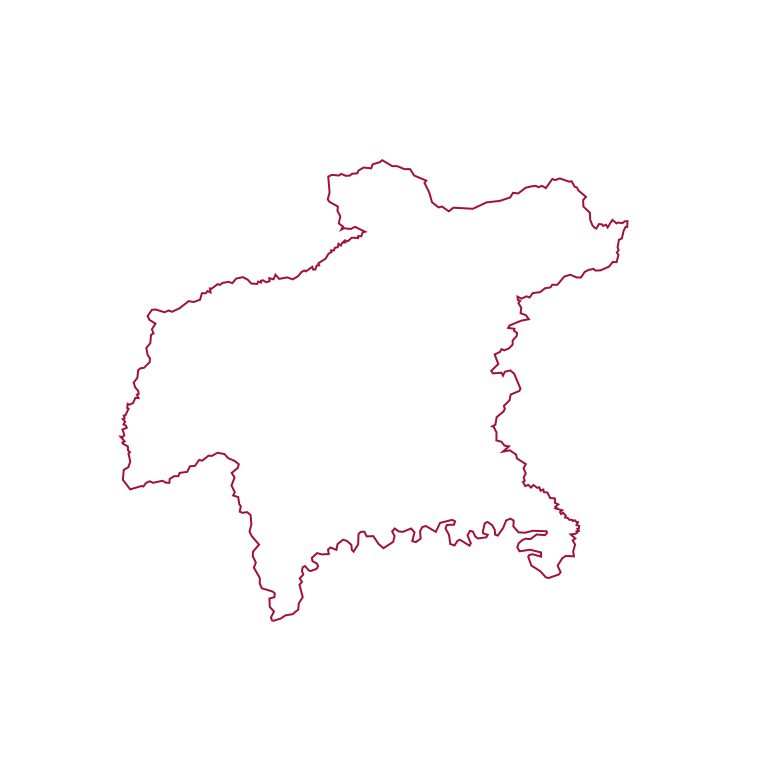 the district of Mae Ramat, Tak, Thailand, rotated 294°
{"feature_id": "78962969B69259908761909", "entity_name": "Mae Ramat", "entity_type": "district", "adm_level": 2, "iso_a3": "THA", "parent_name": "Thailand", "parent_adm1": "Tak", "projection": "natural_earth1", "projection_center": [98.605, 17.061], "detail": "fine", "context": "isolated", "style": "outline", "palette": "rose", "viewbox_px": 768, "rotation_deg": 294, "n_neighbors": 0, "source": "geoboundaries", "source_scale": "gbopen_adm2", "svg_char_len": 6166}
<svg xmlns="http://www.w3.org/2000/svg" viewBox="0 0 768 768"><g transform="rotate(294 384 384)"><path d="M585.0,290.0L580.1,284.3L575.8,284.6L573.5,277.4L568.7,273.9L565.6,273.9L563.0,269.2L560.6,268.1L558.7,264.7L558.5,259.4L556.1,258.0L553.9,251.4L550.8,248.7L536.8,256.4L529.8,257.5L528.2,260.1L527.3,269.7L523.2,271.1L519.4,275.9L512.3,277.4L511.2,282.4L507.7,282.2L510.0,284.0L512.1,290.6L515.8,293.6L515.4,304.8L513.8,302.9L509.7,303.1L508.6,300.3L506.8,301.0L504.6,295.1L499.7,292.9L499.4,289.9L497.8,289.3L497.4,290.7L496.0,288.3L492.9,288.3L493.6,285.4L490.2,286.1L488.5,283.8L485.6,283.9L484.5,281.3L483.1,282.3L480.5,280.3L474.8,279.7L467.6,274.9L466.0,276.5L464.9,274.3L460.7,274.7L459.7,272.8L461.9,270.9L455.1,266.8L455.4,265.3L452.9,263.1L447.6,261.7L442.4,258.0L442.1,252.4L437.4,245.5L439.7,240.4L434.7,240.5L434.0,236.1L431.5,237.7L429.1,235.1L429.5,231.1L428.3,229.6L426.7,230.3L426.4,227.4L423.9,227.5L421.8,222.0L423.9,216.9L424.2,211.6L420.2,206.1L414.4,204.4L414.1,200.5L410.7,195.4L407.7,193.7L407.6,191.4L400.9,187.7L400.5,186.1L397.1,188.3L397.1,185.0L394.4,184.3L392.8,180.7L386.2,181.7L381.5,176.8L380.2,171.8L370.0,166.4L363.7,160.9L363.6,157.5L360.3,154.3L359.2,145.2L357.4,141.8L349.9,140.4L347.2,143.6L346.2,150.7L339.6,149.7L336.5,152.8L334.1,151.2L326.2,153.9L320.2,152.2L314.2,156.4L312.4,159.6L308.7,161.1L301.1,158.1L299.3,155.1L296.6,153.8L289.3,156.2L283.5,154.7L279.7,158.1L277.8,162.2L275.3,163.9L273.8,162.6L271.3,165.4L270.2,162.5L264.4,162.5L261.6,159.9L261.6,157.9L257.6,159.2L257.5,160.7L250.1,160.5L249.3,159.1L247.1,161.0L245.7,159.6L244.2,162.9L241.2,162.4L240.9,165.3L239.4,166.8L236.0,163.6L231.7,167.6L229.6,167.1L228.7,164.7L226.1,170.4L224.2,168.8L223.3,169.5L222.8,175.4L219.2,177.2L218.3,179.7L216.6,178.8L210.1,183.7L204.1,184.3L199.7,181.2L190.3,184.4L184.5,195.0L192.2,204.0L192.5,205.9L197.0,206.9L199.9,209.6L199.8,213.2L205.5,221.0L205.2,225.0L206.4,228.1L210.1,226.9L214.4,229.7L216.1,233.6L219.7,233.5L223.7,240.0L229.9,240.2L232.3,244.6L239.4,245.9L240.0,249.1L247.2,252.9L248.2,255.9L253.5,259.9L255.1,266.7L252.9,271.8L253.0,278.9L251.6,284.0L247.6,284.5L240.8,281.0L237.8,285.5L229.2,286.0L224.5,291.7L220.8,291.5L221.4,296.8L215.4,300.6L214.1,302.9L208.7,304.1L208.7,307.0L211.3,311.2L210.0,315.4L202.0,319.9L194.5,321.2L191.4,324.8L186.4,335.2L177.5,332.5L173.3,334.2L168.7,339.6L163.3,339.8L156.3,349.4L151.0,351.8L147.7,355.5L149.1,366.7L148.3,369.4L144.7,370.6L141.4,366.6L133.9,370.3L131.5,376.0L124.7,375.7L122.5,377.9L122.7,379.3L127.7,385.0L132.6,388.1L136.5,394.1L143.0,397.4L148.9,395.4L156.3,396.4L166.3,388.4L169.8,389.6L172.1,386.1L177.1,387.8L179.8,385.1L183.4,384.3L185.6,385.9L183.1,391.2L183.4,393.2L187.7,397.6L190.7,397.9L192.7,395.7L193.1,390.7L195.8,388.8L202.3,391.7L203.1,396.7L206.2,402.7L210.0,400.2L212.9,401.6L213.1,408.0L218.8,406.7L225.1,409.9L225.6,413.7L223.8,419.6L219.4,422.1L218.5,424.4L227.0,425.6L236.7,421.7L239.5,423.0L241.1,426.2L237.7,430.1L240.7,436.1L235.7,444.0L233.8,450.3L243.5,456.6L249.4,455.5L252.6,451.4L256.4,452.6L255.3,457.2L256.6,461.4L263.0,467.5L260.9,472.2L252.0,473.7L252.5,477.4L257.6,480.4L264.2,476.8L268.9,477.2L271.3,480.0L270.0,491.5L279.9,491.7L287.6,501.5L287.4,504.8L284.0,505.2L280.8,498.8L277.1,498.9L272.6,504.8L264.8,509.6L265.2,514.1L270.5,514.9L272.6,516.7L271.1,527.9L273.8,528.1L279.7,521.8L284.9,522.3L285.3,525.3L281.8,529.4L281.1,532.6L285.5,539.8L288.4,540.1L287.9,535.3L288.9,534.4L297.9,532.7L300.1,534.8L299.0,540.3L295.8,544.5L291.6,546.8L291.8,549.6L301.0,551.4L309.1,551.1L312.4,554.3L312.0,558.0L306.5,560.1L303.2,567.2L305.5,573.3L310.4,579.6L315.6,592.4L314.2,593.5L311.4,592.6L308.6,584.6L301.9,581.0L300.4,576.5L297.9,574.0L293.2,571.8L289.0,572.2L286.3,575.9L292.0,584.8L294.0,595.9L290.2,597.7L288.9,588.9L287.0,586.4L284.9,586.0L278.1,592.4L276.5,603.1L273.2,610.5L273.7,613.3L281.2,621.3L283.9,621.9L288.6,616.5L297.2,617.7L300.9,620.0L303.8,627.6L308.0,624.9L315.0,623.9L317.9,620.0L320.7,621.6L322.5,615.7L324.8,619.6L326.7,620.9L327.8,619.8L328.9,621.7L330.3,619.8L330.6,620.9L333.7,620.1L333.5,617.2L337.5,617.6L335.9,616.7L337.1,613.7L335.6,612.1L336.4,611.0L335.3,608.3L336.4,606.2L335.7,603.7L337.7,603.6L339.2,600.0L337.2,598.7L338.6,596.9L341.1,598.1L340.2,591.7L340.9,592.3L341.4,590.5L344.9,592.2L345.0,588.6L349.0,586.6L347.4,582.1L351.3,577.5L350.2,574.0L352.4,572.5L350.2,570.4L352.8,567.9L351.5,566.3L352.5,561.6L349.2,560.4L350.5,557.0L348.2,554.5L351.0,550.8L352.8,551.9L355.4,549.6L359.9,549.9L363.9,545.7L368.5,546.2L370.1,535.6L373.3,533.4L374.6,525.9L370.6,520.1L377.8,523.5L376.7,519.2L379.0,514.8L378.2,509.6L385.5,506.5L389.5,501.6L389.4,500.2L392.1,502.3L399.5,500.4L407.6,504.4L410.7,504.4L412.8,502.4L420.1,505.3L425.9,504.0L432.6,510.4L435.2,510.6L446.3,498.8L447.8,493.9L444.3,489.4L440.0,489.3L442.1,486.7L438.0,479.2L439.6,476.6L448.7,480.3L456.0,473.1L460.5,476.9L463.6,477.2L463.7,480.2L467.4,483.7L472.4,485.5L476.2,483.8L481.8,485.7L484.8,484.8L485.5,481.1L487.5,480.7L485.7,474.6L488.5,474.9L497.6,483.5L502.1,490.0L504.6,485.6L504.2,480.0L509.4,478.4L512.6,473.9L515.2,474.6L515.2,472.1L518.1,470.4L517.9,474.9L522.0,478.5L522.3,481.9L527.5,482.9L531.4,489.2L537.0,492.2L540.0,496.8L543.1,497.3L545.1,502.0L555.5,505.0L559.6,509.8L559.7,516.8L561.5,520.7L567.9,521.7L571.5,524.6L574.4,528.7L573.6,530.9L575.8,535.5L582.7,541.8L588.5,543.3L589.9,546.9L597.3,545.7L598.8,543.2L601.6,543.9L603.9,541.8L611.3,540.0L613.7,542.1L621.3,540.6L625.8,540.8L626.4,542.3L631.8,540.2L630.5,537.7L627.9,536.4L626.7,532.1L625.3,531.1L626.8,525.9L618.0,524.6L619.8,522.0L617.5,519.8L618.5,518.2L617.5,515.3L612.4,514.8L612.4,513.0L613.6,510.0L617.9,505.6L624.3,502.3L627.2,494.0L633.0,491.1L637.1,492.4L639.9,482.8L642.0,480.3L641.7,478.1L645.5,472.9L644.2,470.9L643.3,461.0L639.9,457.4L639.8,454.4L628.8,452.2L629.3,447.6L626.7,445.3L626.7,441.8L623.8,437.3L620.8,433.5L612.7,429.1L611.1,424.1L605.7,423.4L598.3,415.2L591.6,403.8L580.2,393.9L573.3,375.7L568.1,373.0L569.7,364.8L567.5,361.9L569.6,353.9L577.1,347.7L584.2,339.2L587.0,339.9L586.7,326.7L590.9,320.5L588.6,315.2L588.4,307.6L586.4,302.9L587.7,291.3L585.0,290.0Z" fill="none" stroke="#9f1239" stroke-width="2"/></g></svg>